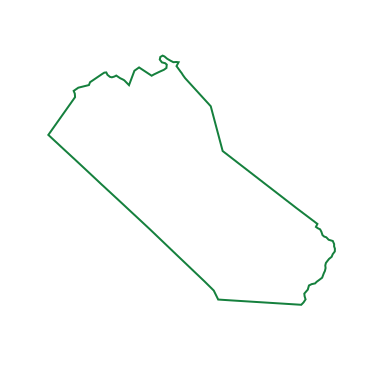 the district of Gonçalves Dias, Maranhão, Brazil, rotated 73°
{"feature_id": "56859067B78550029694036", "entity_name": "Gonçalves Dias", "entity_type": "district", "adm_level": 2, "iso_a3": "BRA", "parent_name": "Brazil", "parent_adm1": "Maranhão", "projection": "mercator", "projection_center": [-44.192, -5.155], "detail": "fine", "context": "isolated", "style": "outline", "palette": "green", "viewbox_px": 384, "rotation_deg": 73, "n_neighbors": 0, "source": "geoboundaries", "source_scale": "gbopen_adm2", "svg_char_len": 1222}
<svg xmlns="http://www.w3.org/2000/svg" viewBox="0 0 384 384"><g transform="rotate(73 192 192)"><path d="M259.2,81.4L238.1,96.7L161.8,150.7L115.5,149.0L81.1,165.3L77.6,166.5L75.3,167.1L73.5,167.8L71.4,168.5L67.1,170.0L64.0,166.9L63.1,168.9L62.4,171.9L59.6,174.7L57.3,176.8L54.3,178.7L53.0,180.2L53.6,182.8L55.9,184.1L59.2,182.9L61.0,180.0L62.8,178.9L65.9,180.2L66.9,183.1L67.5,187.9L68.4,193.8L69.0,196.6L57.4,206.2L59.2,211.6L71.4,221.0L65.4,224.1L64.0,225.4L62.2,227.4L58.5,230.4L58.9,232.4L58.9,235.1L57.9,236.8L55.2,238.6L52.6,239.0L52.2,241.0L53.0,243.8L57.2,257.4L59.6,259.3L59.0,270.2L60.7,275.6L63.7,275.3L67.1,276.1L95.4,312.7L110.4,304.0L132.0,291.4L158.1,276.4L179.0,264.2L194.4,255.3L215.1,243.3L248.8,224.4L267.8,213.7L281.1,206.2L292.6,200.0L302.5,198.4L306.6,187.6L331.8,120.5L330.2,117.6L327.9,114.8L324.6,114.8L322.0,114.3L319.2,109.8L315.6,107.5L315.1,104.5L315.4,101.0L314.3,99.0L313.3,96.1L312.0,92.6L308.1,89.6L306.4,88.0L303.8,86.5L301.2,86.0L299.0,84.7L296.1,80.6L294.8,77.4L292.6,75.6L290.6,72.8L288.0,71.9L285.5,72.0L283.4,71.3L280.0,71.7L277.6,75.3L274.6,76.8L273.3,78.6L271.4,79.8L267.8,79.9L265.2,80.4L263.3,82.4L261.6,83.7L259.2,81.4Z" fill="none" stroke="#15803d" stroke-width="2"/></g></svg>